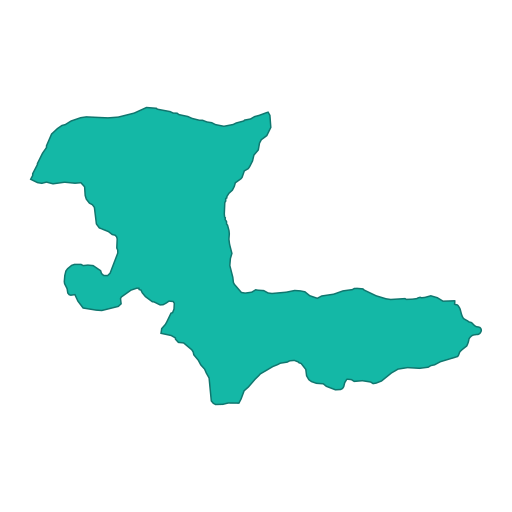 outline of Jocotán, Chiquimula, Guatemala
{"feature_id": "79465075B84991525520377", "entity_name": "Jocotán", "entity_type": "district", "adm_level": 2, "iso_a3": "GTM", "parent_name": "Guatemala", "parent_adm1": "Chiquimula", "projection": "orthographic", "projection_center": [-89.353, 14.814], "detail": "fine", "context": "isolated", "style": "filled", "palette": "teal", "viewbox_px": 512, "rotation_deg": 0, "n_neighbors": 0, "source": "geoboundaries", "source_scale": "gbopen_adm2", "svg_char_len": 3933}
<svg xmlns="http://www.w3.org/2000/svg" viewBox="0 0 512 512"><path d="M268.1,112.2L266.7,112.6L259.1,115.4L254.6,116.6L250.5,119.0L244.6,120.1L243.7,121.0L236.2,123.0L233.2,124.5L223.9,126.3L215.4,124.6L211.7,122.7L207.0,122.0L202.6,120.3L199.5,120.3L192.0,118.4L187.8,116.5L178.9,114.6L177.1,113.2L173.2,113.1L170.1,111.6L157.3,109.2L156.4,108.3L146.5,107.5L134.2,113.1L118.3,117.1L107.9,117.9L86.3,116.9L80.7,117.7L71.1,121.0L65.3,124.6L61.9,125.5L57.4,128.6L51.6,134.0L46.5,145.8L46.5,147.5L42.5,153.3L37.4,163.6L37.5,164.4L32.7,173.7L32.7,175.5L31.5,177.7L30.7,179.3L37.5,182.6L41.8,183.3L46.5,182.1L53.0,183.8L64.6,182.2L75.0,183.2L80.9,182.7L84.6,186.8L85.2,195.5L86.3,199.1L89.4,203.1L92.4,204.7L94.4,207.4L96.4,223.9L97.3,225.2L99.3,227.9L108.5,231.6L112.2,234.5L115.1,235.2L116.6,236.8L117.2,238.9L116.8,248.0L117.7,250.0L117.8,253.0L110.1,273.2L107.6,275.6L103.7,275.5L101.5,273.5L100.6,270.7L93.1,265.6L87.9,265.1L83.2,265.6L81.0,264.4L74.5,264.4L71.6,265.4L67.6,268.7L65.9,271.0L64.8,275.5L64.3,281.6L64.6,283.7L67.1,288.7L67.8,293.0L69.2,294.7L70.8,295.2L74.9,294.6L77.9,301.1L83.1,308.0L96.1,310.1L101.8,310.5L118.3,306.4L121.1,303.8L120.5,298.6L121.3,297.0L131.0,290.1L136.7,288.2L138.9,288.2L139.1,289.5L141.0,290.1L142.2,292.7L145.4,296.6L152.3,301.7L154.0,301.9L160.1,304.9L163.1,304.7L166.1,303.1L169.0,301.1L173.2,301.5L174.3,303.3L174.0,309.1L172.6,312.6L171.0,313.2L166.8,321.9L165.4,324.4L161.7,328.6L161.0,333.3L171.2,335.5L175.4,337.9L175.5,339.2L178.4,342.4L183.6,342.9L191.8,349.8L193.2,352.0L193.8,354.8L198.3,360.2L200.8,364.9L204.6,369.1L206.3,373.0L209.1,378.0L211.3,400.9L213.3,403.3L215.6,404.5L222.9,404.3L228.2,403.0L238.9,403.1L241.1,398.9L244.1,390.8L248.4,387.0L255.1,379.2L258.7,375.7L260.3,373.9L272.9,366.5L277.6,364.6L280.3,363.2L287.2,362.1L289.7,360.8L294.4,360.4L298.4,362.0L298.9,362.7L301.2,363.5L305.8,369.4L306.6,375.8L308.8,379.6L309.7,380.3L311.5,381.6L316.4,383.3L323.3,383.8L326.3,386.3L335.4,389.8L340.6,389.5L342.5,388.5L343.7,386.7L344.7,382.7L346.7,379.4L347.5,379.2L351.4,379.6L354.2,381.4L362.4,380.7L370.6,382.0L373.1,383.6L376.1,383.1L381.5,381.0L391.5,372.9L398.0,369.1L407.5,367.6L419.6,368.3L428.2,367.2L430.8,365.6L434.6,364.8L440.4,361.7L457.6,356.5L458.4,355.4L458.7,354.7L459.0,353.9L459.5,352.5L460.2,351.4L461.3,350.4L461.9,349.8L463.5,348.5L465.8,346.7L466.7,346.0L467.4,344.5L468.1,342.7L468.6,340.9L469.0,338.9L469.9,337.5L471.0,336.4L472.0,335.6L472.9,335.2L473.8,334.9L475.4,334.7L476.3,334.5L477.2,334.5L478.2,334.4L479.3,333.8L480.1,333.1L480.6,332.3L481.1,331.3L481.3,330.4L481.2,329.6L480.8,328.5L479.9,327.5L478.4,327.0L477.0,326.8L476.2,326.6L475.4,326.2L474.6,325.6L473.9,325.0L473.2,324.3L472.2,323.2L471.0,322.4L469.3,322.1L468.4,321.5L467.6,320.9L465.6,319.8L463.9,318.8L463.0,317.8L462.2,316.2L461.6,314.6L461.0,312.5L460.6,310.9L460.1,309.1L459.7,308.2L459.3,307.5L458.2,305.8L457.4,305.0L456.6,304.7L455.9,304.7L454.6,304.2L454.7,303.0L454.8,301.6L454.7,300.8L443.0,301.2L437.3,297.7L430.8,295.8L425.0,297.4L421.6,297.8L420.1,297.3L418.0,297.9L416.9,298.6L412.2,299.2L406.2,299.4L405.0,298.6L390.7,299.5L386.0,298.8L376.1,295.8L364.2,290.1L362.9,288.9L357.3,288.4L354.3,288.5L352.4,289.6L343.0,290.9L333.7,294.2L321.7,296.0L317.3,298.3L309.7,295.7L304.9,291.8L300.3,290.9L294.7,290.5L286.3,292.2L272.0,293.5L268.1,293.0L263.7,290.6L257.8,290.2L255.7,289.8L251.7,292.2L245.2,293.1L241.4,292.5L234.4,284.4L233.4,282.5L232.8,277.3L229.8,265.5L230.4,258.5L231.9,253.4L229.9,245.7L229.5,243.9L228.9,239.2L229.3,233.9L229.0,230.7L227.5,225.1L226.6,224.2L226.5,221.5L225.1,219.5L225.3,217.7L224.6,217.0L224.3,213.9L224.8,202.5L225.7,201.1L225.7,198.5L226.8,197.9L226.8,196.6L228.9,193.3L232.4,190.1L234.3,186.4L235.3,182.8L241.0,178.7L242.1,177.3L244.3,170.9L248.3,168.6L249.7,166.5L252.5,161.0L253.9,155.1L258.3,149.9L259.5,143.1L261.3,139.7L266.8,135.6L270.8,127.4L269.9,115.4L268.1,112.2Z" fill="#14b8a6" stroke="#0f766e" stroke-width="1.5"/></svg>